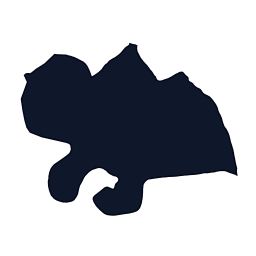 outline of Al Abdiyah, Ma'rib, Yemen, rotated 81°
{"feature_id": "15242507B67185133145675", "entity_name": "Al Abdiyah", "entity_type": "district", "adm_level": 2, "iso_a3": "YEM", "parent_name": "Yemen", "parent_adm1": "Ma'rib", "projection": "natural_earth1", "projection_center": [45.391, 14.717], "detail": "fine", "context": "isolated", "style": "filled", "palette": "ink", "viewbox_px": 256, "rotation_deg": 81, "n_neighbors": 0, "source": "geoboundaries", "source_scale": "gbopen_adm2", "svg_char_len": 5776}
<svg xmlns="http://www.w3.org/2000/svg" viewBox="0 0 256 256"><g transform="rotate(81 128 128)"><path d="M170.4,215.1L171.3,215.2L172.7,215.3L172.9,215.3L174.3,215.3L175.9,215.2L177.7,215.0L179.3,214.7L181.0,214.3L182.5,214.0L183.6,213.1L185.3,212.2L187.2,210.3L188.1,209.0L189.3,206.8L190.7,203.7L191.0,202.0L191.4,200.3L191.4,198.7L191.3,196.8L191.2,195.7L191.2,195.1L190.7,193.6L189.9,192.3L188.8,191.3L187.7,190.2L186.7,189.4L185.4,188.5L184.0,187.9L182.6,187.4L181.4,186.9L180.7,186.7L179.5,186.1L178.5,185.7L177.1,185.0L175.8,184.0L174.6,183.0L173.4,182.1L172.1,181.2L170.8,180.3L169.6,179.4L168.4,178.3L167.2,176.8L166.2,175.4L165.2,174.2L164.3,172.5L163.6,171.1L163.1,169.5L162.8,167.8L162.5,166.2L162.3,164.5L162.2,162.6L162.8,161.0L163.5,159.3L164.6,157.8L165.4,157.1L166.3,155.8L167.7,155.0L168.9,154.2L170.0,153.1L171.0,151.7L172.0,150.4L172.8,149.0L173.3,147.5L174.3,146.1L175.2,145.4L176.7,144.9L178.2,145.1L179.5,145.9L180.5,147.2L181.4,148.5L182.7,149.4L184.2,149.9L185.7,150.8L186.5,152.2L185.8,153.7L184.9,155.0L184.1,156.4L183.3,157.8L183.4,159.7L184.1,161.1L185.0,162.6L186.0,164.3L186.9,165.9L187.8,167.6L188.7,169.1L189.5,170.7L190.5,172.1L191.7,173.1L193.0,173.3L193.3,173.3L194.7,173.1L196.2,172.7L197.6,172.1L199.2,171.5L200.6,170.7L201.9,169.8L203.4,168.8L204.6,167.8L205.3,167.3L206.0,166.7L207.3,165.6L208.0,164.9L208.5,164.5L209.5,163.0L210.2,161.6L210.8,159.7L211.2,158.2L211.6,156.2L211.8,154.2L211.8,152.4L211.8,150.7L211.8,149.0L211.8,148.3L211.8,147.1L211.8,146.7L211.8,145.4L211.8,143.4L211.9,141.5L211.9,139.7L211.7,137.5L211.6,135.9L211.3,134.2L210.9,132.4L210.1,131.0L209.4,130.2L209.0,129.7L207.7,128.7L206.4,128.0L204.9,127.2L203.4,126.5L201.9,126.1L200.3,125.5L198.9,125.1L197.4,124.7L195.8,124.4L194.4,124.0L192.7,123.7L191.2,123.5L189.6,123.1L188.2,122.7L186.5,122.3L185.2,121.5L184.0,120.4L182.9,119.1L182.1,117.8L181.9,117.5L181.4,115.9L181.4,114.3L181.4,112.4L181.4,110.4L181.4,108.7L181.5,106.9L181.5,105.0L181.6,103.4L181.6,101.5L181.8,99.6L181.8,99.3L182.0,97.5L182.0,95.8L182.2,94.1L182.4,92.2L182.6,90.6L182.8,88.4L182.9,86.7L182.9,85.1L183.0,82.8L183.1,81.0L183.2,79.0L183.4,77.1L183.5,75.3L183.6,73.0L183.9,70.7L184.0,68.8L184.1,66.6L184.1,64.4L184.0,62.3L183.9,60.4L184.0,58.7L184.4,56.8L184.4,54.8L184.4,53.1L184.5,51.4L184.6,49.5L184.4,47.9L184.3,46.3L184.3,44.6L184.4,42.7L184.7,41.1L184.9,39.5L185.5,37.9L186.3,36.6L187.1,35.2L188.0,33.7L188.8,31.9L189.6,30.5L190.4,29.1L191.2,28.0L190.7,28.0L189.3,28.0L187.8,27.9L186.4,27.6L184.9,27.2L183.2,27.3L181.7,27.5L179.9,27.6L178.4,27.7L176.9,27.7L175.4,27.7L173.8,27.8L172.1,27.9L170.4,27.9L169.1,27.9L168.8,27.9L168.6,27.9L168.4,27.9L167.3,28.0L165.8,28.0L164.1,28.3L162.5,28.5L160.8,28.7L159.2,29.0L157.5,29.3L155.8,29.3L154.2,29.4L152.7,29.6L151.3,29.7L151.2,29.7L149.8,30.0L148.3,30.3L146.8,30.8L145.2,31.3L143.7,32.0L142.4,32.7L141.1,33.3L140.1,33.4L139.7,33.5L138.2,33.8L136.7,34.0L135.2,34.2L133.7,34.3L132.1,34.6L130.7,35.0L129.1,35.4L127.7,36.0L126.2,36.4L124.7,36.7L123.2,36.8L121.8,37.0L120.3,37.5L118.8,37.9L117.3,38.6L116.0,39.3L114.6,40.0L113.1,40.8L111.8,41.7L110.5,42.5L109.5,43.7L108.5,45.0L107.6,46.3L106.7,47.6L105.5,48.7L104.2,49.5L102.8,50.0L101.5,50.7L100.4,52.0L99.6,53.3L98.6,54.5L97.2,55.7L95.9,56.7L94.5,57.3L93.3,58.5L92.4,59.9L91.1,61.1L89.7,61.3L88.2,61.0L86.9,61.6L86.4,62.1L85.7,62.8L84.6,63.6L84.4,63.7L83.0,64.6L81.7,65.4L81.3,67.1L81.6,68.7L82.1,70.3L82.6,72.1L83.3,73.8L83.9,75.3L84.6,76.8L85.1,78.4L85.6,80.0L86.0,81.8L86.2,83.4L86.5,85.0L86.9,86.7L87.0,88.5L86.7,90.2L85.9,91.6L84.6,92.5L83.1,92.9L81.7,93.2L80.5,94.2L79.1,94.8L77.6,95.4L76.3,96.0L75.0,96.8L73.8,97.7L72.3,98.2L70.9,99.1L69.4,99.8L68.1,100.8L66.8,101.6L65.5,102.5L64.1,103.3L62.6,104.1L61.2,104.9L59.8,105.4L58.3,105.9L56.9,106.3L55.5,106.8L53.9,107.3L52.4,107.3L50.9,107.3L49.5,107.0L48.2,106.6L47.2,107.9L46.8,109.4L46.2,110.9L45.4,112.3L45.1,112.9L46.5,113.6L47.3,115.0L47.9,116.6L48.8,118.1L49.9,119.4L51.0,120.7L52.1,121.9L53.1,123.2L54.1,124.6L54.9,126.1L55.8,127.7L56.6,129.4L57.2,131.0L57.7,132.6L58.5,134.2L59.1,135.7L60.2,137.0L61.3,138.2L62.0,139.9L63.0,141.2L64.2,142.4L65.3,143.5L66.5,144.6L67.4,146.0L68.5,147.6L69.3,149.0L70.1,150.7L70.8,152.2L71.5,153.8L72.4,156.2L66.2,157.4L64.6,157.8L63.0,158.3L61.6,158.7L60.0,159.3L58.2,160.3L58.0,160.5L57.8,160.6L57.5,160.8L57.1,161.2L56.7,161.5L56.4,161.8L56.2,161.9L56.0,162.2L55.8,162.4L55.5,162.7L55.3,162.9L55.2,163.2L55.1,163.5L54.9,163.7L54.7,164.0L54.4,164.3L54.0,164.8L53.6,165.3L53.4,165.7L53.2,165.9L52.9,166.3L52.7,166.6L52.5,166.9L52.3,167.2L52.1,167.4L51.8,167.7L51.8,167.8L51.6,168.1L51.3,168.6L51.0,169.1L50.8,169.3L50.5,169.6L50.4,169.9L50.0,170.5L49.9,170.8L49.7,171.1L49.5,171.5L49.3,171.9L49.1,172.4L48.9,172.7L48.6,173.1L48.4,173.6L48.3,174.0L48.0,174.5L47.9,174.8L47.8,175.2L47.7,175.6L47.5,175.9L47.3,176.2L47.2,176.5L47.0,176.8L46.8,177.2L46.6,177.6L46.5,177.9L46.3,178.6L46.2,179.2L46.2,179.6L46.1,180.0L46.0,180.5L45.9,180.8L45.8,181.5L45.6,182.2L45.5,182.8L45.5,183.2L45.3,183.7L45.2,184.3L45.1,184.8L45.1,185.2L44.9,185.7L44.8,186.3L44.7,186.8L44.6,187.3L44.4,187.8L44.3,188.3L44.2,188.9L44.1,189.0L51.8,200.1L52.0,200.7L52.6,202.1L53.4,203.7L54.0,205.3L54.7,206.8L55.3,208.4L56.0,209.8L57.0,211.4L57.8,212.9L58.6,214.3L59.3,215.9L58.7,218.5L58.7,219.5L58.7,220.2L59.8,221.9L60.5,221.7L66.1,220.1L66.8,219.9L77.7,225.9L79.2,226.8L82.8,228.7L83.1,228.7L85.1,228.7L93.8,228.8L94.7,228.8L104.8,228.4L108.6,227.9L111.4,227.6L116.7,225.2L117.4,224.0L123.0,214.5L132.4,191.0L133.8,188.5L134.7,187.7L135.5,187.1L137.3,187.0L139.0,187.0L140.5,187.1L143.3,188.7L144.7,190.2L146.5,193.4L149.5,199.4L152.8,206.3L154.7,208.7L156.4,210.2L156.8,210.5L159.9,212.2L163.8,213.6L165.4,213.7L166.7,214.3L168.1,214.8L169.7,215.0L170.4,215.1Z" fill="#0f172a" stroke="#020617" stroke-width="1.5"/></g></svg>